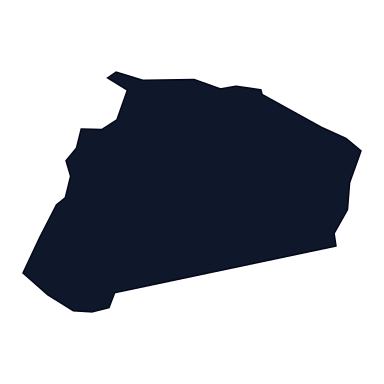 outline of Treutlen, Georgia, United States of America
{"feature_id": "52423323B24374118756393", "entity_name": "Treutlen", "entity_type": "district", "adm_level": 2, "iso_a3": "USA", "parent_name": "United States of America", "parent_adm1": "Georgia", "projection": "robinson", "projection_center": [-82.588, 32.403], "detail": "fine", "context": "isolated", "style": "filled", "palette": "ink", "viewbox_px": 384, "rotation_deg": 0, "n_neighbors": 0, "source": "geoboundaries", "source_scale": "gbopen_adm2", "svg_char_len": 507}
<svg xmlns="http://www.w3.org/2000/svg" viewBox="0 0 384 384"><path d="M116.1,72.1L107.6,77.9L127.4,90.1L116.9,119.8L101.9,129.5L81.2,129.0L76.5,148.0L66.0,160.7L70.6,176.2L65.3,197.7L56.5,204.8L39.8,237.3L23.0,273.0L47.7,294.8L73.4,310.8L92.1,311.9L109.0,307.6L114.7,292.7L336.0,246.0L336.0,245.9L334.1,233.4L347.5,209.6L349.6,182.7L361.0,150.9L346.1,138.5L321.1,127.1L262.1,94.5L260.9,89.8L236.1,86.2L220.4,88.9L194.1,79.5L142.9,80.3L116.1,72.1Z" fill="#0f172a" stroke="#020617" stroke-width="1.5"/></svg>